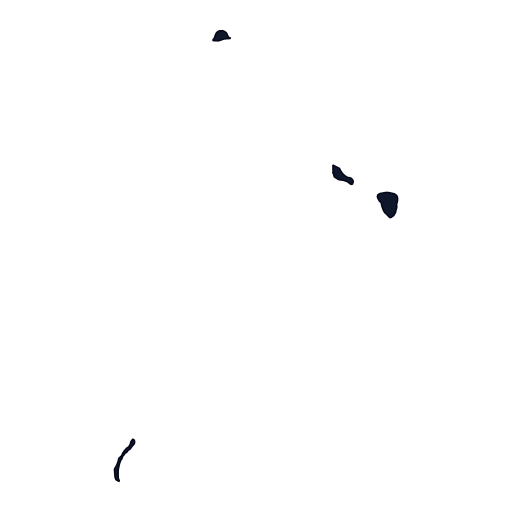 outline of Ulithi, Federated States of Micronesia
{"feature_id": "79324940B95008512359217", "entity_name": "Ulithi", "entity_type": "district", "adm_level": 2, "iso_a3": "FSM", "parent_name": "Federated States of Micronesia", "parent_adm1": "", "projection": "natural_earth1", "projection_center": [139.729, 9.995], "detail": "fine", "context": "isolated", "style": "filled", "palette": "ink", "viewbox_px": 512, "rotation_deg": 0, "n_neighbors": 0, "source": "geoboundaries", "source_scale": "gbopen_adm2", "svg_char_len": 1890}
<svg xmlns="http://www.w3.org/2000/svg" viewBox="0 0 512 512"><path d="M393.2,193.5L389.5,192.7L387.7,192.4L385.3,192.5L383.4,192.9L381.7,193.2L380.3,193.4L379.0,194.0L377.8,194.9L377.3,196.5L377.7,198.0L379.4,201.2L380.8,202.2L381.2,203.0L381.4,204.1L381.9,206.1L382.1,206.9L382.4,207.7L383.2,209.9L383.9,211.3L384.9,212.9L385.8,213.5L389.6,217.5L390.1,217.7L391.2,217.4L393.8,215.5L395.5,212.6L395.8,211.4L396.1,209.6L396.5,208.7L396.9,206.7L396.8,206.1L396.5,205.7L396.9,203.0L397.2,202.4L397.6,200.2L397.6,198.3L397.3,196.6L396.6,195.4L395.3,194.4L393.9,193.6L393.2,193.5ZM333.2,165.2L332.9,165.5L333.0,171.9L332.8,172.9L333.5,173.8L334.0,176.1L334.4,176.9L335.1,177.5L336.8,178.4L337.9,179.3L339.8,179.9L341.2,180.0L343.7,180.4L346.4,181.3L348.1,182.2L350.4,184.1L351.8,184.4L352.6,183.9L353.2,182.0L353.2,181.0L352.5,179.6L351.3,178.3L349.7,177.7L347.3,177.3L345.3,176.0L343.3,174.3L342.1,172.9L340.6,170.7L339.5,168.4L333.2,165.2ZM134.1,439.9L132.8,439.2L131.4,440.8L130.6,442.5L130.3,444.2L128.7,446.8L126.5,448.3L124.4,450.6L122.6,453.3L122.6,453.8L121.4,455.9L119.0,458.1L118.7,458.7L117.8,462.3L116.3,465.9L115.5,467.3L114.7,468.6L114.4,470.0L114.5,470.8L115.0,477.0L115.4,478.3L116.0,479.7L117.7,480.8L119.0,481.3L119.3,480.7L118.4,478.5L118.2,476.9L118.2,473.8L118.2,470.8L118.4,468.9L119.5,463.8L120.8,460.2L121.7,459.2L122.8,456.1L123.5,455.6L125.3,452.9L126.5,452.6L127.9,450.6L130.4,448.8L131.5,447.1L134.3,443.8L134.6,442.7L134.6,441.0L134.1,439.9ZM213.0,40.0L213.0,40.4L213.5,40.7L214.1,40.7L218.6,40.9L219.1,40.6L220.9,40.1L224.2,38.9L225.7,38.9L226.6,38.7L227.4,38.6L228.4,38.7L230.0,38.5L230.2,38.2L230.1,37.8L228.8,37.5L228.1,36.2L227.4,35.1L227.0,33.9L226.4,32.9L225.0,31.7L223.6,31.0L222.6,30.7L219.5,30.8L218.2,31.3L216.9,32.3L216.2,33.2L215.4,34.9L214.7,37.0L214.1,38.5L213.6,39.0L213.2,39.3L213.0,40.0Z" fill="#0f172a" stroke="#020617" stroke-width="1.5"/></svg>